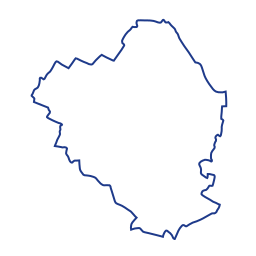 the district of Tan An, Long An, Vietnam, rotated 92°
{"feature_id": "81297802B36271966780528", "entity_name": "Tan An", "entity_type": "district", "adm_level": 2, "iso_a3": "VNM", "parent_name": "Vietnam", "parent_adm1": "Long An", "projection": "albers", "projection_center": [106.404, 10.526], "detail": "fine", "context": "isolated", "style": "outline", "palette": "blue", "viewbox_px": 256, "rotation_deg": 92, "n_neighbors": 0, "source": "geoboundaries", "source_scale": "gbopen_adm2", "svg_char_len": 4829}
<svg xmlns="http://www.w3.org/2000/svg" viewBox="0 0 256 256"><g transform="rotate(92 128 128)"><path d="M229.5,121.3L229.0,120.1L228.2,117.7L227.9,115.9L227.6,113.7L227.6,113.3L227.9,112.5L228.5,111.8L229.2,111.2L231.1,109.3L231.6,107.7L232.3,103.9L234.1,95.4L235.0,91.4L235.5,89.3L233.9,89.0L231.8,88.2L230.3,87.4L229.3,86.5L229.2,85.8L229.5,85.0L230.3,84.1L231.6,82.2L233.6,80.4L236.3,79.0L236.8,78.6L237.3,77.6L237.3,77.4L234.1,76.1L229.0,74.1L226.4,72.7L223.9,70.8L223.2,69.9L223.1,69.0L223.3,68.4L224.1,67.1L224.2,66.4L224.1,66.0L222.1,63.1L220.3,60.0L218.8,56.0L217.1,52.4L215.8,50.0L213.3,45.9L210.5,41.3L210.3,40.2L210.3,38.7L209.8,37.7L208.8,36.7L207.1,36.0L204.8,34.6L203.3,34.0L201.5,33.6L201.4,33.6L201.0,34.9L199.8,37.4L198.7,40.4L196.9,43.4L194.3,48.4L192.8,50.9L192.1,51.8L191.4,52.3L190.8,52.2L190.3,52.1L190.2,52.1L188.8,51.5L188.1,50.7L187.6,49.5L187.2,47.9L186.6,47.2L185.7,46.4L184.2,45.5L183.0,44.8L182.8,44.3L182.8,43.6L182.9,42.3L182.7,41.5L181.0,41.0L178.2,40.4L177.3,40.2L174.4,39.7L173.3,39.7L172.5,40.0L172.0,40.5L171.7,42.3L171.2,44.7L171.2,46.7L172.9,46.7L174.5,46.8L175.2,47.1L174.8,48.3L173.8,49.8L171.8,52.8L170.7,53.5L169.5,53.6L167.3,53.5L165.7,53.8L164.9,54.1L162.8,55.2L161.6,55.6L160.6,55.4L159.1,54.1L157.9,52.1L157.7,51.5L157.1,50.1L157.1,48.7L157.4,46.6L157.8,45.1L158.4,44.2L158.5,43.4L158.0,43.0L157.1,43.1L155.8,43.9L153.8,44.1L151.7,44.1L150.0,43.9L148.0,42.9L145.9,41.4L144.9,40.8L143.7,40.7L142.6,41.2L141.7,41.2L140.2,40.8L138.4,40.1L137.9,39.7L136.6,39.6L135.7,39.9L134.9,40.3L134.3,40.3L133.4,40.0L132.5,39.3L131.8,38.4L131.6,37.9L132.7,36.4L133.0,35.7L132.5,35.2L131.8,34.9L130.5,34.7L127.8,34.3L125.2,34.3L123.7,34.4L121.6,34.1L118.1,33.2L117.2,33.0L116.6,33.4L116.2,33.9L115.6,35.1L113.2,35.2L108.7,34.9L104.7,34.8L103.1,34.7L102.9,32.2L102.8,30.6L101.2,30.6L98.6,30.7L94.4,31.0L90.8,31.4L88.2,31.7L89.1,34.8L89.1,36.6L89.1,38.8L88.6,41.2L87.6,42.9L86.1,44.5L81.2,48.4L78.2,50.5L75.4,52.2L73.2,53.3L71.3,54.0L68.8,54.9L66.0,55.9L64.9,56.3L62.9,57.2L61.6,58.3L60.7,59.9L60.4,60.9L60.1,63.0L59.3,63.6L56.2,65.8L50.3,69.9L44.2,74.6L40.2,77.4L36.6,79.8L34.7,80.6L33.1,81.2L31.8,81.9L30.8,82.9L29.8,83.6L28.5,84.1L27.2,84.8L25.9,86.2L24.5,87.8L23.4,88.9L21.7,90.3L20.8,91.4L21.0,91.7L21.1,92.3L21.2,92.9L21.2,93.9L21.0,94.2L20.7,94.6L20.2,95.0L19.2,95.6L18.7,96.3L18.7,96.6L18.9,97.0L19.5,97.4L21.2,98.6L21.5,99.1L21.6,99.6L21.6,100.2L21.4,101.7L20.6,104.2L20.1,106.2L19.8,109.4L19.8,112.8L19.9,116.6L19.9,119.3L20.0,119.8L20.0,120.6L20.0,121.4L20.1,121.7L20.3,122.3L20.7,122.8L21.3,123.0L22.0,123.1L22.7,123.2L23.6,123.0L25.0,122.5L25.7,122.3L26.1,122.4L26.6,122.7L26.8,123.0L26.8,123.7L26.9,124.4L26.9,125.5L26.8,126.3L26.7,127.0L28.1,128.1L29.1,128.7L30.0,129.5L31.9,131.6L34.6,133.7L36.8,135.0L38.7,136.0L40.8,136.9L41.9,136.9L43.4,136.5L44.2,135.4L44.6,135.0L45.0,134.8L45.7,134.7L46.2,135.0L50.2,137.3L55.2,140.6L60.4,144.0L61.2,144.5L61.0,145.5L58.2,152.0L56.4,155.7L55.8,156.8L57.3,158.6L61.5,162.6L65.3,165.6L65.8,166.5L65.8,167.4L65.5,169.3L64.6,171.3L63.4,174.7L62.2,177.6L60.5,181.3L60.3,182.4L60.2,182.7L61.2,183.5L65.6,186.3L70.3,189.5L66.9,196.4L64.2,200.4L63.9,201.8L64.6,202.6L66.3,203.6L69.5,205.1L72.0,206.4L74.3,207.8L75.2,208.8L76.5,210.2L78.2,211.4L80.1,212.3L81.7,213.1L82.2,213.8L82.3,214.0L82.1,214.4L81.7,214.9L80.8,216.5L80.9,217.5L81.6,217.9L83.3,217.8L86.3,218.1L88.6,218.6L90.7,219.6L91.7,220.9L92.2,221.9L92.8,222.6L93.5,223.2L94.9,223.7L97.1,224.5L98.6,225.4L99.2,225.4L101.3,223.0L101.8,222.7L102.0,222.6L105.3,222.9L110.4,208.6L112.7,207.8L113.8,206.9L114.3,206.6L115.6,206.7L117.5,208.1L119.4,209.3L120.0,209.3L120.8,208.3L122.9,203.8L124.1,200.9L125.4,197.5L125.8,195.6L126.5,194.4L127.0,194.1L127.5,194.4L127.7,195.2L128.2,195.6L128.7,195.8L129.7,195.8L130.6,195.7L131.4,195.5L131.9,195.5L132.6,195.7L133.7,196.1L134.4,196.1L135.3,195.9L135.9,195.8L136.8,195.8L137.4,196.0L139.0,196.7L142.3,198.3L145.4,199.3L148.2,200.4L148.6,200.5L148.9,197.7L149.2,195.7L149.4,194.1L149.7,193.0L149.5,191.5L149.4,190.5L149.8,189.0L150.5,188.3L151.1,188.3L152.8,188.7L155.4,189.0L156.2,188.7L157.0,188.2L158.0,187.3L159.4,186.5L161.6,185.7L163.3,184.8L164.1,184.0L164.5,183.3L164.4,182.4L163.5,181.7L162.6,180.5L162.4,179.9L162.4,178.4L162.1,175.6L165.7,175.3L170.3,174.7L171.9,174.2L173.2,173.4L176.3,170.9L176.5,170.3L176.8,169.4L176.8,168.1L177.0,165.8L177.3,163.7L178.1,160.6L178.8,159.0L179.5,158.1L181.6,156.3L184.5,153.4L185.7,151.5L186.0,150.7L186.1,149.5L185.9,147.7L185.9,145.5L185.9,144.5L186.3,144.0L187.0,143.5L188.4,143.2L192.3,141.8L197.8,139.9L201.3,138.7L202.3,138.2L202.9,137.9L203.7,137.0L204.4,135.4L205.1,133.4L206.0,131.2L207.6,128.3L209.4,125.5L211.4,122.2L212.8,120.8L214.8,118.9L216.0,117.8L217.3,116.3L219.6,118.3L222.2,120.3L223.9,121.2L225.6,121.5L227.7,121.6L229.5,121.3Z" fill="none" stroke="#1e3a8a" stroke-width="2"/></g></svg>